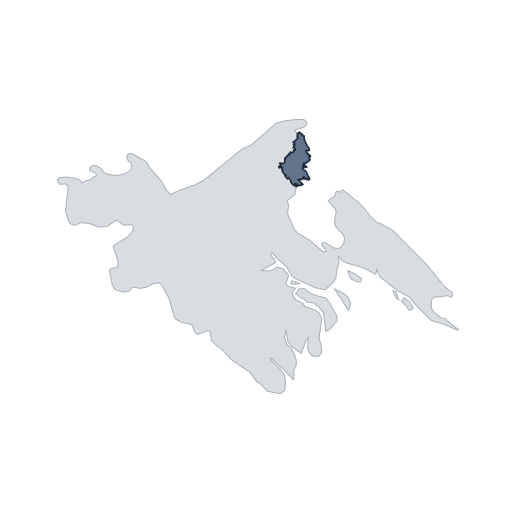 Maulvibazar, Sylhet, Bangladesh shown in context, rotated 322°
{"feature_id": "16705992B62450131352427", "entity_name": "Maulvibazar", "entity_type": "district", "adm_level": 2, "iso_a3": "BGD", "parent_name": "Bangladesh", "parent_adm1": "Sylhet", "projection": "albers", "projection_center": [91.87, 24.487], "detail": "fine", "context": "in_parent", "style": "filled", "palette": "slate", "viewbox_px": 512, "rotation_deg": 322, "n_neighbors": 0, "source": "geoboundaries", "source_scale": "gbopen_adm2", "svg_char_len": 9248}
<svg xmlns="http://www.w3.org/2000/svg" viewBox="0 0 512 512"><g transform="rotate(322 256 256)"><path d="M179.3,355.3L179.5,343.9L172.4,321.3L172.8,318.9L171.5,308.0L169.7,302.0L168.9,295.6L173.6,286.5L171.8,285.0L161.9,282.0L160.8,279.6L163.1,270.6L156.2,261.9L153.5,255.4L161.6,235.0L163.8,220.7L163.3,217.9L158.8,214.6L150.6,213.1L144.8,210.3L141.5,206.2L138.7,204.5L135.1,205.6L130.6,203.9L126.9,199.7L123.9,194.8L125.3,189.5L131.6,177.0L133.8,176.6L138.9,179.2L140.8,179.3L144.4,174.3L149.5,160.2L166.0,161.8L170.0,161.5L174.1,160.4L176.4,158.7L177.7,156.4L177.3,154.4L172.3,151.6L170.4,149.6L169.1,143.8L167.7,141.7L157.7,141.1L152.6,138.4L149.8,136.0L145.0,128.1L138.9,122.2L133.0,120.6L130.7,118.7L129.5,115.7L130.4,111.5L133.6,103.3L150.4,86.0L150.9,84.1L150.3,81.8L145.6,78.8L145.3,77.4L146.7,73.7L149.5,73.3L155.0,76.9L160.6,82.5L163.9,87.4L163.9,91.3L168.4,92.1L172.1,93.9L175.9,93.5L178.4,94.5L180.1,94.2L180.7,92.0L177.6,86.3L179.2,84.0L183.0,84.2L185.7,86.4L187.6,90.7L187.8,97.4L192.1,103.5L197.8,107.9L202.3,110.0L207.8,111.5L212.5,110.2L214.9,106.0L213.9,102.3L214.7,98.9L216.6,97.1L219.5,97.2L221.7,99.9L227.8,114.5L226.4,120.8L227.6,138.4L225.8,150.0L226.7,154.4L227.8,155.2L237.5,157.5L251.4,162.3L262.1,164.1L310.7,163.2L321.3,165.5L353.7,163.8L362.5,167.5L372.1,173.4L377.6,177.9L378.5,180.4L378.0,182.6L376.2,183.8L372.8,183.9L365.2,181.0L363.9,181.9L363.8,188.8L357.6,206.2L356.8,211.6L354.6,213.7L348.2,214.8L343.9,225.0L342.1,226.2L337.9,224.0L335.3,224.4L332.0,225.3L328.6,227.6L326.4,230.5L323.8,231.5L314.6,231.3L312.9,236.0L306.9,242.2L302.7,258.5L302.9,263.5L307.9,276.5L311.4,293.4L312.8,295.2L314.5,295.3L314.6,287.6L316.3,286.6L318.4,287.5L322.7,297.9L325.2,300.6L329.0,301.3L333.4,299.7L336.6,296.7L337.9,293.4L336.8,282.0L338.9,277.4L346.3,270.5L347.4,268.4L346.9,257.0L349.7,256.6L353.5,257.5L358.3,254.8L359.7,254.7L361.7,257.6L365.1,257.1L370.3,279.7L370.7,295.6L371.9,304.5L373.8,306.5L379.5,319.7L385.1,366.5L385.8,396.1L388.1,406.2L386.3,408.5L384.4,408.9L382.7,405.4L370.4,397.9L367.5,398.7L363.3,403.1L361.6,407.2L362.4,412.9L363.7,418.5L366.6,421.7L366.9,425.2L370.2,438.6L369.2,438.7L362.6,426.5L354.4,414.6L351.7,393.2L351.5,382.6L346.0,370.2L340.9,348.5L343.1,340.8L339.2,344.2L333.2,331.1L323.8,318.4L321.0,312.7L320.9,307.3L316.8,312.8L311.2,316.6L305.6,322.4L301.8,324.2L289.8,325.2L283.0,317.3L273.3,298.2L272.0,293.8L273.4,282.6L271.2,272.0L270.6,262.6L268.8,263.4L268.1,266.0L268.5,269.9L267.7,273.2L251.2,270.9L258.2,276.6L265.8,277.9L269.7,283.0L269.8,291.3L262.3,296.3L262.9,300.5L267.2,305.7L262.0,307.1L260.5,310.4L260.3,315.2L263.9,322.6L263.3,325.5L269.4,335.1L270.6,339.8L269.0,346.3L255.3,359.3L251.2,368.6L247.8,372.9L243.6,373.7L238.5,369.2L238.5,364.7L239.6,361.1L246.8,352.4L243.0,353.6L231.8,360.6L229.8,354.7L228.5,349.3L228.6,342.7L234.0,332.8L227.9,337.7L226.2,343.8L226.8,351.1L226.0,356.3L223.5,363.0L220.2,367.0L215.0,369.5L212.6,373.4L209.1,376.3L208.1,362.7L204.7,344.3L203.8,348.3L205.5,359.7L205.3,367.0L202.3,372.8L196.5,379.0L192.1,379.8L189.5,378.8L181.5,369.2L181.0,360.3L179.3,355.3ZM279.9,357.0L269.7,359.1L264.5,358.4L274.3,342.0L274.1,334.6L272.6,328.6L267.8,323.7L267.5,320.3L265.4,315.5L264.3,310.0L269.7,308.3L274.1,311.5L275.6,317.8L277.8,322.5L285.3,332.2L285.1,338.1L282.9,352.6L279.9,357.0ZM301.6,351.7L295.4,356.1L297.6,330.1L302.1,339.8L303.2,345.0L301.6,351.7ZM325.3,338.8L322.6,340.7L320.1,339.0L316.8,332.9L318.5,325.2L319.5,324.1L323.3,332.0L325.3,338.8ZM348.1,393.7L344.6,394.0L342.9,392.1L343.7,389.5L342.7,381.1L347.2,380.3L348.9,387.3L348.1,393.7ZM344.2,370.1L341.6,378.5L340.5,374.8L342.4,367.4L344.2,370.1ZM272.4,302.1L273.4,304.8L267.8,301.2L266.4,298.8L268.9,297.5L272.4,302.1Z" fill="#d9dde1" stroke="#a8b0b8" stroke-width="1"/><path d="M330.6,226.3L330.7,226.0L331.2,226.2L331.5,225.3L331.3,225.1L331.0,224.9L331.1,224.5L331.0,224.1L330.7,223.7L330.8,223.6L330.7,223.5L330.9,223.4L330.9,223.5L331.0,223.4L331.4,222.9L331.7,222.8L331.8,222.6L331.8,224.0L332.2,224.6L332.4,224.6L332.3,224.8L332.5,224.9L332.4,225.0L332.6,225.1L332.6,225.4L332.5,225.5L332.6,226.2L332.7,226.3L332.8,226.8L333.1,226.9L333.1,227.1L333.4,227.2L333.6,227.0L333.9,227.0L334.1,227.6L335.0,227.7L335.4,228.2L335.8,228.1L336.0,228.4L336.3,228.3L337.1,228.4L336.3,221.7L339.0,223.4L339.8,223.4L339.8,223.5L340.1,223.6L340.2,223.9L340.4,224.1L340.7,224.1L341.0,223.8L341.3,223.5L341.6,223.5L341.6,223.1L342.0,223.0L341.9,223.3L342.3,223.4L342.1,223.6L342.4,223.6L342.6,223.9L342.6,224.0L342.3,223.9L342.5,224.1L342.3,224.2L342.3,224.5L342.1,224.6L341.9,224.6L342.2,225.1L342.0,225.3L342.2,225.6L342.4,225.8L342.6,225.7L342.8,225.9L343.0,225.8L343.3,226.2L343.7,226.3L343.7,226.5L343.8,226.6L343.7,226.7L343.8,226.7L343.7,227.0L343.9,227.1L343.9,227.4L343.8,227.5L344.0,227.7L344.0,228.1L344.3,228.3L344.3,228.5L344.6,228.5L345.0,228.5L345.3,228.6L345.5,228.5L345.5,228.2L345.8,228.1L345.8,227.9L345.9,227.7L346.0,227.6L345.9,227.5L346.0,227.1L345.9,226.9L346.1,226.8L345.9,226.7L347.5,220.4L346.3,216.1L346.5,216.2L346.8,216.0L347.0,215.8L347.4,215.7L347.6,215.7L347.7,215.3L347.8,215.4L347.8,215.2L348.1,215.2L348.4,214.8L348.9,215.2L349.1,215.3L349.0,215.5L349.3,215.7L349.4,216.3L349.6,216.7L349.8,216.6L349.9,216.9L350.1,217.0L350.4,216.9L350.7,217.0L350.7,216.0L349.7,214.8L349.7,214.6L349.9,214.7L350.0,214.6L349.7,214.2L349.6,213.8L349.4,214.0L349.2,213.7L349.4,213.6L349.3,213.4L349.0,213.4L349.3,213.1L349.9,213.3L350.1,213.6L350.2,213.4L350.2,213.1L350.5,212.9L350.3,212.7L350.6,212.9L350.7,212.5L351.2,212.9L351.2,213.1L351.3,213.3L352.1,213.0L352.3,213.0L352.1,213.2L352.3,213.2L352.5,213.4L353.0,213.4L353.1,213.6L353.4,213.5L353.7,213.5L355.8,213.6L356.1,213.9L356.4,213.8L356.5,213.6L356.7,213.4L356.8,213.2L357.2,213.4L357.4,213.2L357.7,213.3L357.7,213.2L357.9,213.2L358.0,213.1L357.7,212.7L357.9,212.4L358.1,212.3L358.2,212.0L358.4,211.7L358.6,211.7L358.5,211.2L358.7,210.9L358.7,210.5L359.2,210.7L359.4,210.8L359.7,210.5L360.3,211.0L360.6,210.4L360.4,210.3L360.5,209.9L360.2,209.6L360.3,209.5L360.3,209.3L360.1,209.0L360.2,208.8L360.1,208.4L359.9,208.4L360.1,208.1L359.9,207.9L359.8,208.0L360.0,207.7L359.8,207.7L359.7,207.6L359.9,207.5L359.6,207.0L359.7,206.6L359.6,206.4L359.5,206.1L359.6,205.9L359.6,205.7L360.0,205.4L359.7,205.1L359.9,205.0L359.9,204.9L359.8,204.7L359.8,204.4L360.0,204.4L360.0,204.0L360.4,204.0L360.4,203.9L360.6,203.8L361.0,204.2L361.0,204.3L361.5,204.4L361.7,204.7L361.9,204.7L362.1,205.1L362.3,205.1L362.4,205.4L363.1,205.6L364.1,203.9L364.3,199.7L364.7,198.8L364.8,197.9L365.1,197.0L365.2,196.5L365.0,196.1L365.4,195.3L365.6,194.9L365.4,194.8L365.4,194.6L365.7,194.4L365.7,194.0L366.2,193.6L366.7,192.5L367.3,191.8L367.8,191.0L366.9,190.6L366.8,190.4L367.4,189.4L366.9,189.1L367.0,188.8L367.0,188.5L367.4,187.9L367.3,187.7L366.9,187.6L366.8,187.1L366.5,187.0L366.6,186.3L366.5,186.1L366.4,185.6L366.5,185.2L366.2,185.1L365.3,184.9L365.1,185.1L365.0,184.9L365.1,184.7L364.8,185.0L364.4,185.0L364.8,185.5L364.8,185.8L364.1,185.7L363.0,186.2L363.0,186.6L362.5,186.8L362.4,186.6L361.9,187.1L361.9,187.7L362.2,188.3L362.0,189.0L361.2,188.9L361.0,188.7L360.8,188.7L360.2,188.9L359.8,188.9L359.5,189.2L359.0,189.1L358.8,189.3L358.1,189.5L357.7,189.2L357.0,189.7L356.6,189.7L356.3,189.6L356.2,189.2L355.4,189.1L355.3,190.2L355.7,190.3L355.6,191.2L355.3,191.5L355.5,191.8L355.2,192.2L354.5,192.1L354.5,191.6L354.2,191.5L354.3,192.6L353.7,193.5L353.3,193.2L353.1,193.3L353.3,193.1L353.2,192.9L352.6,193.4L352.4,193.5L352.7,193.6L352.7,193.8L352.9,194.1L352.7,194.5L352.8,195.6L352.6,196.3L352.1,196.2L352.1,196.4L351.8,196.1L351.8,196.4L351.5,196.2L350.6,196.1L350.4,196.4L350.0,196.7L350.0,196.8L349.6,196.9L349.4,197.1L349.0,197.1L348.8,197.0L348.8,196.7L347.9,196.5L347.6,196.1L347.1,196.1L347.0,195.7L346.7,196.2L346.5,196.3L345.8,196.1L345.8,195.7L345.4,195.6L345.3,196.3L344.6,196.7L344.3,196.0L343.8,196.1L343.3,196.0L343.0,196.4L342.1,196.8L341.8,196.3L341.1,196.2L339.5,197.2L339.3,197.2L339.2,196.7L338.5,196.9L338.3,197.2L338.4,197.9L337.8,198.0L337.8,198.3L336.9,199.0L336.5,199.7L335.9,199.7L335.2,200.0L333.0,199.2L332.8,199.1L332.9,198.5L332.4,197.6L332.2,197.8L332.1,197.7L331.9,197.9L331.8,197.7L331.8,197.9L331.6,197.8L331.6,198.5L331.9,199.1L331.7,199.4L331.5,200.1L331.2,199.8L330.6,199.8L330.2,200.0L330.0,199.9L329.8,199.9L330.1,200.2L329.9,200.3L329.7,200.2L329.8,199.8L329.3,199.4L328.7,199.9L328.6,200.6L329.3,200.2L329.8,200.3L329.8,200.6L329.4,200.9L329.9,201.0L330.0,201.8L330.6,201.7L330.4,202.3L330.7,202.3L330.8,202.6L331.1,202.7L331.0,202.8L330.8,203.1L330.7,203.2L330.2,203.0L330.1,203.4L330.3,203.6L330.2,204.1L329.9,204.2L330.1,204.6L329.7,204.8L329.2,204.7L329.2,204.8L329.4,205.0L328.8,205.7L329.0,205.9L328.8,206.3L328.6,206.3L328.8,206.3L328.8,206.5L328.6,207.1L328.8,208.1L328.7,208.4L328.7,208.9L328.5,209.5L328.8,209.6L329.1,209.6L329.2,210.0L329.0,210.3L329.1,210.7L329.2,211.0L328.3,211.0L328.1,211.1L328.2,214.5L329.1,214.5L329.1,214.3L329.5,214.4L329.2,214.6L329.4,215.2L329.7,215.6L329.8,216.2L329.8,217.7L329.5,218.6L328.8,219.3L329.0,219.8L328.9,220.7L329.1,221.0L328.8,221.3L328.8,221.5L329.1,222.2L328.9,222.6L329.2,222.9L329.5,224.0L329.8,224.5L329.7,224.7L330.1,224.9L330.2,225.2L330.4,225.4L330.4,226.2L330.6,226.3Z" fill="#64748b" stroke="#1e293b" stroke-width="1.5"/></g></svg>